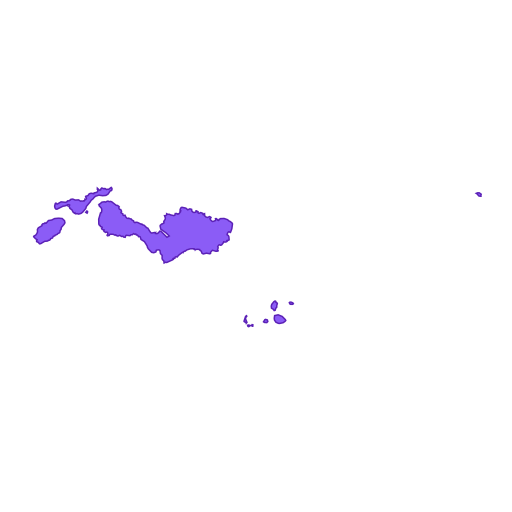 Kepulauan Talaud, Sulawesi Utara, Indonesia (orthographic projection), rotated 92°
{"feature_id": "22746128B45484540858108", "entity_name": "Kepulauan Talaud", "entity_type": "district", "adm_level": 2, "iso_a3": "IDN", "parent_name": "Indonesia", "parent_adm1": "Sulawesi Utara", "projection": "orthographic", "projection_center": [126.807, 4.647], "detail": "fine", "context": "isolated", "style": "filled", "palette": "violet", "viewbox_px": 512, "rotation_deg": 92, "n_neighbors": 0, "source": "geoboundaries", "source_scale": "gbopen_adm2", "svg_char_len": 6171}
<svg xmlns="http://www.w3.org/2000/svg" viewBox="0 0 512 512"><g transform="rotate(92 256 256)"><path d="M229.6,281.1L224.7,280.6L223.7,281.2L222.3,283.2L221.9,284.3L220.7,285.7L219.6,289.2L219.9,293.1L221.8,294.7L221.6,295.4L220.8,295.6L221.0,296.0L220.6,296.7L220.0,297.0L220.0,297.5L220.1,297.8L220.9,297.5L222.0,297.8L222.9,299.9L223.0,300.9L221.5,302.7L220.3,303.3L219.6,302.5L219.0,302.3L218.2,303.7L219.2,305.9L218.7,307.5L217.2,309.2L216.6,309.2L216.6,308.8L215.5,308.9L216.2,310.4L215.2,310.7L214.5,312.8L215.4,314.5L214.8,315.5L213.8,315.4L212.9,317.2L213.0,317.6L214.2,317.6L214.6,318.8L214.6,320.2L213.5,321.6L211.6,322.0L211.2,323.8L212.2,325.8L210.6,327.8L209.9,331.7L210.2,332.5L211.7,333.3L212.6,333.5L213.2,332.9L213.6,333.3L213.7,333.0L214.2,333.3L214.5,333.0L216.7,334.7L216.5,335.4L216.9,336.0L216.3,336.9L216.4,338.2L218.0,338.5L218.5,339.5L217.9,342.8L217.3,344.2L217.4,345.5L216.9,346.7L217.7,346.6L218.4,347.3L218.9,347.8L218.9,348.8L221.2,347.9L222.6,348.1L224.7,349.4L226.1,349.1L227.2,350.7L227.2,351.2L228.7,352.8L229.4,352.9L232.5,352.1L235.9,346.9L239.0,343.4L240.4,345.6L234.7,351.8L234.4,352.9L236.4,354.5L237.1,355.7L237.0,357.3L236.2,357.2L236.4,357.5L236.0,358.0L236.7,361.0L236.4,361.9L235.2,362.9L231.9,365.1L231.6,366.2L229.2,368.8L228.7,370.6L228.0,371.2L228.3,371.7L226.6,375.5L226.4,377.2L226.9,378.0L226.8,378.5L226.0,379.4L225.1,379.6L224.6,380.9L223.3,382.1L223.4,382.6L222.6,384.6L223.0,385.1L222.7,386.4L221.5,387.5L219.8,388.3L220.1,389.6L220.0,390.0L219.6,390.4L218.4,390.6L217.6,392.3L217.2,392.5L216.0,391.9L214.3,392.8L214.1,394.0L213.2,394.6L212.2,394.8L211.7,394.4L211.3,394.7L210.3,396.1L210.2,397.5L206.9,402.0L206.5,403.2L206.8,404.6L206.3,405.8L206.5,406.7L207.4,408.3L207.1,409.4L207.5,411.6L207.8,412.3L208.7,413.0L209.9,414.7L210.1,414.4L211.2,414.6L213.6,412.2L215.2,411.7L217.4,411.9L218.2,412.3L218.3,412.9L224.7,414.5L229.6,414.2L230.7,413.6L230.9,412.8L232.0,412.5L232.3,411.1L232.8,410.7L234.1,411.3L234.9,410.4L235.3,408.7L236.2,409.0L236.8,408.7L237.7,407.1L237.3,406.1L237.6,405.2L239.2,404.8L240.4,405.6L241.0,405.1L240.6,403.4L239.6,402.9L239.3,402.4L239.3,399.5L240.1,397.7L239.7,396.9L240.4,396.4L240.9,394.7L240.1,392.8L241.2,391.1L240.9,389.7L241.7,389.0L241.9,387.4L240.1,386.8L239.8,386.3L240.1,382.7L239.1,381.7L239.1,380.4L237.9,379.1L238.5,378.0L238.2,376.9L239.2,376.3L239.2,375.3L239.6,374.8L240.8,374.1L240.6,373.0L240.9,372.4L243.5,371.5L245.5,368.0L249.8,365.1L251.1,364.8L252.6,363.9L256.0,360.4L256.3,358.3L255.7,356.8L255.3,356.1L253.8,355.9L253.5,355.2L253.2,353.3L253.8,352.2L256.9,351.6L258.7,349.8L261.7,349.8L263.0,349.3L264.0,348.0L266.2,347.6L265.4,346.2L265.6,345.0L263.0,339.7L262.3,338.6L261.7,338.9L261.2,338.5L261.4,338.1L261.1,337.0L260.1,336.9L259.4,335.8L259.8,334.8L257.9,333.3L255.2,330.0L254.9,329.4L255.1,329.0L254.6,328.9L253.6,327.5L253.7,327.0L252.3,325.3L251.1,321.8L250.9,318.2L251.5,318.1L251.6,317.1L251.9,317.0L251.6,316.8L251.3,314.5L251.5,312.5L252.2,312.3L253.1,310.9L255.1,310.1L255.8,308.8L254.9,305.6L255.4,302.2L255.0,301.5L253.9,301.6L251.8,299.8L252.7,296.1L252.4,294.2L252.1,294.0L251.4,294.7L249.1,294.1L247.9,294.6L246.4,293.6L246.0,292.9L246.5,291.9L246.2,290.8L244.2,289.3L242.9,288.8L243.2,287.6L243.0,286.4L242.4,285.4L241.7,285.7L241.4,285.4L241.4,284.4L240.8,283.4L237.6,283.8L236.5,284.4L235.8,285.6L235.3,285.6L234.0,285.2L232.9,284.4L232.7,283.7L233.4,282.6L233.0,282.2L229.6,281.1ZM234.2,451.5L231.0,448.9L229.5,448.1L227.4,448.6L225.3,451.0L225.1,454.6L225.6,458.6L227.2,461.5L227.8,464.7L230.5,466.8L230.6,467.6L230.2,468.0L231.0,468.8L231.2,470.1L232.1,471.0L233.2,471.0L235.4,474.5L237.1,475.4L239.7,475.2L241.4,475.9L242.8,476.9L244.0,478.8L244.5,478.9L246.4,477.0L247.4,475.3L248.6,475.9L249.3,475.7L250.0,474.0L251.4,472.8L251.2,471.6L248.7,467.7L248.4,465.2L248.1,464.4L247.6,464.1L247.4,462.9L246.7,462.1L245.8,461.9L245.1,460.0L243.4,459.3L242.9,457.8L242.4,457.7L241.3,455.4L240.4,454.7L239.7,453.2L238.9,452.8L237.4,452.7L236.3,451.8L234.2,451.5ZM194.9,402.3L193.4,402.3L192.5,403.1L194.5,405.6L194.5,407.1L194.8,407.8L193.9,409.0L193.8,409.6L194.2,410.1L193.4,412.5L194.2,413.3L195.4,413.6L195.7,414.7L193.8,416.9L195.0,416.9L195.5,416.3L197.0,416.5L197.5,416.9L198.1,418.0L198.6,420.0L199.4,420.3L199.0,423.0L199.6,424.8L201.5,426.1L202.3,428.3L202.8,428.4L203.8,427.6L204.7,427.5L205.3,428.2L205.2,429.0L205.9,428.9L207.0,429.7L206.8,430.2L207.2,430.9L207.1,432.4L207.4,433.1L206.1,435.3L206.4,438.6L205.5,441.1L205.8,443.0L206.7,443.6L206.8,444.3L207.3,444.6L207.5,446.3L208.1,446.4L209.0,448.1L208.7,452.7L211.0,456.4L210.8,457.3L210.1,457.8L210.5,458.4L213.1,459.0L214.9,458.6L216.0,457.8L216.2,456.6L213.0,450.7L212.6,448.6L211.9,447.2L212.3,446.3L211.3,446.0L211.2,444.6L211.6,444.0L213.0,444.8L214.1,443.8L214.9,443.7L216.3,441.6L218.7,440.2L219.5,439.0L219.2,438.5L219.8,438.4L220.2,437.5L219.9,436.4L220.3,434.8L220.0,433.7L219.5,432.3L218.3,430.8L214.5,427.8L212.3,427.2L207.6,423.5L206.2,422.8L204.2,420.5L203.4,420.1L201.9,418.5L200.7,415.2L201.1,411.3L200.7,408.1L199.4,406.1L195.8,403.8L195.7,402.8L194.9,402.3ZM319.4,235.3L321.5,233.8L322.5,231.4L322.6,230.1L321.7,226.5L320.3,224.7L319.4,224.0L318.5,224.5L315.5,227.7L314.0,231.8L314.9,235.3L317.5,235.6L319.4,235.3ZM302.9,233.0L302.1,233.4L301.7,234.5L300.7,234.6L300.3,235.4L301.0,236.5L303.8,238.6L305.6,239.0L307.6,238.7L308.6,236.9L309.9,235.9L309.6,235.0L307.5,234.4L306.5,233.5L304.5,233.5L302.9,233.0ZM321.1,241.9L319.5,242.4L319.0,244.2L319.3,244.9L321.5,246.2L322.1,245.3L322.2,242.9L321.1,241.9ZM187.8,33.4L186.4,33.1L185.1,35.0L185.1,36.7L185.7,38.1L186.4,37.0L188.1,35.6L188.5,34.0L188.3,33.2L187.8,33.4ZM323.5,263.4L322.7,262.7L319.1,264.3L317.7,264.0L316.5,263.1L316.0,263.4L316.7,264.3L321.6,265.7L321.9,265.6L323.1,263.5L323.5,263.4ZM302.4,217.0L301.5,217.6L300.9,219.3L300.9,220.4L301.5,221.1L302.8,220.4L303.1,219.6L303.0,217.7L302.4,217.0ZM326.9,260.8L325.7,259.1L325.2,261.0L325.5,262.0L326.6,261.6L326.9,260.8ZM217.3,425.9L216.9,426.6L218.3,427.7L219.1,426.3L218.3,425.9L217.3,425.9ZM326.3,256.8L324.9,256.7L324.7,257.5L325.5,258.0L325.7,257.5L326.3,257.4L326.3,256.8Z" fill="#8b5cf6" stroke="#5b21b6" stroke-width="1.5"/></g></svg>